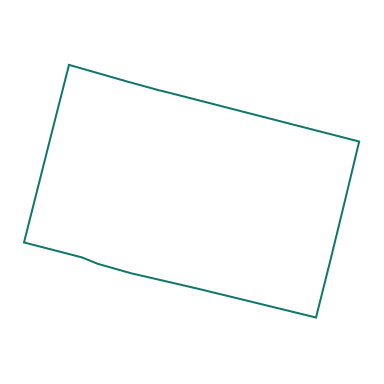 Greene, Indiana, United States of America, rotated 14°
{"feature_id": "52423323B68653933652914", "entity_name": "Greene", "entity_type": "district", "adm_level": 2, "iso_a3": "USA", "parent_name": "United States of America", "parent_adm1": "Indiana", "projection": "orthographic", "projection_center": [-86.97, 39.037], "detail": "fine", "context": "isolated", "style": "outline", "palette": "teal", "viewbox_px": 384, "rotation_deg": 14, "n_neighbors": 0, "source": "geoboundaries", "source_scale": "gbopen_adm2", "svg_char_len": 341}
<svg xmlns="http://www.w3.org/2000/svg" viewBox="0 0 384 384"><g transform="rotate(14 192 192)"><path d="M342.8,222.9L342.5,162.2L342.0,102.6L142.1,101.2L134.7,101.3L102.1,100.5L41.9,98.4L41.6,159.1L41.2,281.6L101.2,282.1L118.0,284.5L152.2,285.6L223.1,284.4L342.7,283.8L342.8,222.9Z" fill="none" stroke="#0f766e" stroke-width="2"/></g></svg>